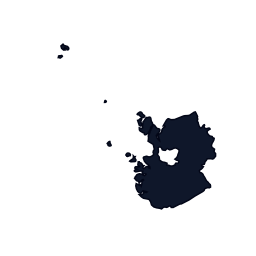 the Province of Gyeonggi, rotated 34°
{"feature_id": "KOR-2498", "entity_name": "Gyeonggi", "entity_type": "Province", "adm_level": 1, "iso_a3": "KOR", "parent_name": "South Korea", "parent_adm1": "", "projection": "robinson", "projection_center": [126.66, 37.546], "detail": "fine", "context": "isolated", "style": "filled", "palette": "ink", "viewbox_px": 256, "rotation_deg": 34, "n_neighbors": 0, "source": "natural_earth", "source_scale": "10m", "svg_char_len": 6038}
<svg xmlns="http://www.w3.org/2000/svg" viewBox="0 0 256 256"><g transform="rotate(34 128 128)"><path d="M156.0,106.5L155.5,99.9L155.9,98.1L156.6,97.5L157.8,97.4L159.4,96.8L161.9,94.9L167.3,87.0L168.4,85.9L170.8,84.1L171.9,83.0L174.0,77.9L174.8,77.0L176.0,77.6L179.2,79.5L179.7,80.7L180.4,81.2L181.0,81.9L181.4,83.2L182.1,84.1L182.9,84.0L183.6,84.8L185.8,86.6L188.1,87.6L188.9,86.4L188.9,83.9L189.1,83.1L189.5,82.6L190.0,82.9L190.1,83.7L190.3,84.4L191.6,85.2L193.0,85.0L193.9,84.1L194.8,83.1L195.2,82.7L195.7,82.6L196.3,82.7L196.7,83.1L196.1,84.1L195.6,85.5L195.6,86.9L196.6,87.8L197.6,88.3L200.0,88.9L202.6,88.0L203.7,88.7L204.1,88.7L204.5,88.4L205.0,88.3L205.4,88.6L206.0,90.4L206.3,94.0L207.1,96.1L208.7,97.2L210.2,97.1L211.6,97.2L212.5,99.4L213.7,99.9L214.9,100.2L216.4,102.4L216.1,105.5L215.4,106.5L214.1,107.0L210.9,109.2L211.0,110.4L211.0,111.6L210.7,112.7L211.2,114.1L211.5,115.4L209.7,117.5L210.4,118.4L212.1,117.9L212.1,119.5L211.8,121.0L211.2,122.3L211.0,123.5L212.5,124.7L214.1,124.1L215.9,124.4L217.5,125.4L219.1,126.0L222.6,127.9L224.8,128.2L226.3,128.8L227.8,128.9L228.7,129.7L229.5,130.9L228.8,132.2L227.6,132.7L226.4,134.1L225.6,135.5L226.0,137.2L225.5,138.9L221.6,146.9L218.8,153.6L215.0,160.5L214.5,161.3L213.5,162.0L209.8,168.7L208.2,169.7L207.9,169.3L206.6,169.0L205.6,170.0L205.1,171.3L204.4,172.2L202.7,172.9L201.7,174.0L201.1,176.3L199.0,176.9L196.3,178.2L193.5,179.0L190.5,178.6L188.1,176.6L185.3,175.4L180.1,177.6L177.6,177.6L174.6,177.0L175.4,176.4L176.4,176.0L177.1,175.2L177.5,173.4L177.4,173.0L176.7,172.3L177.0,172.0L177.7,171.9L178.6,171.5L179.1,171.4L179.5,171.1L179.7,170.2L175.9,171.3L175.3,172.0L175.5,174.4L175.1,174.9L173.6,175.4L171.5,175.1L169.0,173.7L166.8,171.6L165.9,169.5L169.7,169.1L169.7,168.7L168.8,168.1L169.6,168.0L170.2,168.0L170.9,168.3L171.4,168.7L171.1,167.2L170.3,165.9L169.6,164.4L170.1,162.4L169.4,162.1L168.8,162.8L168.5,164.0L168.4,165.2L168.1,166.6L167.5,166.9L166.9,166.3L164.5,166.9L161.5,166.0L161.6,165.1L161.3,164.4L161.5,163.4L161.4,162.0L162.1,160.7L163.0,159.6L164.0,159.1L165.1,158.7L166.7,158.7L168.4,158.3L168.7,157.7L168.8,156.3L168.4,156.0L167.6,156.5L166.3,157.6L165.4,157.4L164.8,157.1L164.5,156.5L164.5,155.6L163.0,156.3L161.8,157.2L159.5,159.5L159.0,160.0L158.2,160.2L157.5,160.2L157.1,159.8L157.2,159.1L157.5,158.4L158.5,157.1L156.6,157.5L156.0,157.4L155.8,156.3L156.2,155.6L157.0,155.1L157.8,154.8L158.5,154.5L159.2,153.5L159.0,153.2L157.3,153.4L156.8,153.1L155.4,150.3L155.7,150.2L156.3,149.7L156.7,150.1L157.4,150.0L158.7,149.7L159.7,150.0L160.5,150.5L161.3,150.8L162.3,150.3L162.2,151.2L162.3,152.0L162.6,152.6L163.2,152.9L163.9,152.7L164.2,151.9L164.5,150.3L165.6,148.8L166.4,148.9L167.4,149.5L168.8,149.3L168.5,148.6L168.1,148.2L167.7,147.9L167.1,147.7L166.2,147.7L165.8,147.1L164.8,147.0L164.1,147.2L163.3,147.2L162.1,146.9L160.1,146.3L157.4,144.3L157.2,143.4L158.5,141.7L159.3,140.9L161.3,140.4L162.6,139.4L163.5,137.8L164.1,135.9L163.5,134.9L162.5,134.3L161.8,132.8L161.8,131.0L158.1,127.5L152.0,127.7L151.2,125.9L150.0,124.0L149.2,123.3L149.2,122.3L149.0,120.7L148.3,118.3L147.4,112.0L147.6,111.0L148.5,110.9L151.9,112.1L153.0,111.8L154.0,111.4L154.8,111.3L155.6,111.8L155.9,112.7L156.1,114.1L156.0,115.6L155.6,116.5L155.6,118.3L157.5,119.9L160.0,120.9L161.5,121.0L160.3,119.8L156.7,117.3L157.8,114.6L158.1,112.9L157.8,111.8L157.2,110.6L157.1,109.1L157.4,107.5L158.0,106.3L157.6,105.7L156.9,105.8L156.0,106.5ZM184.3,127.6L184.9,125.5L184.8,123.6L184.2,121.9L183.7,119.5L182.7,117.7L180.4,117.5L178.4,118.0L177.2,119.3L176.3,121.1L174.8,122.8L172.0,123.1L171.6,124.3L171.5,125.6L170.2,126.4L168.7,126.9L166.7,125.7L164.9,125.6L164.0,127.6L165.5,129.3L166.7,131.0L167.0,133.2L168.3,134.0L170.1,134.6L172.0,136.9L174.7,137.0L175.9,136.8L177.0,136.2L178.5,135.7L180.1,135.4L180.8,137.0L182.7,136.1L184.5,135.7L186.1,134.7L186.7,133.7L187.8,132.3L187.3,131.8L187.3,130.4L188.2,129.8L189.1,129.3L189.3,128.2L188.8,127.1L187.5,127.1L186.0,127.6L184.3,127.6ZM145.9,124.1L145.4,124.2L145.0,124.0L144.4,123.3L143.9,123.0L143.6,123.1L143.1,123.5L139.7,123.7L138.5,123.2L137.2,121.5L139.2,121.0L139.6,120.7L140.2,119.9L140.1,119.5L139.7,119.3L139.4,118.9L137.2,114.8L137.0,114.1L137.3,113.3L137.2,109.7L137.5,108.9L138.1,108.7L139.6,107.0L140.7,106.7L141.7,107.4L142.7,108.5L143.6,109.3L145.6,110.3L146.5,111.1L146.8,112.3L146.7,112.9L146.4,114.0L146.3,114.4L146.4,114.9L147.0,116.0L147.2,116.5L147.4,119.3L147.2,119.9L147.5,120.3L148.1,121.5L147.2,122.0L146.5,123.6L145.9,124.1ZM34.1,94.8L34.7,95.6L34.6,96.7L33.8,97.3L32.5,96.6L30.9,96.8L30.6,96.9L30.6,97.7L31.2,98.0L32.0,98.1L32.3,98.4L31.0,99.4L28.4,99.1L26.5,97.5L27.2,94.8L28.8,95.3L32.3,94.2L34.1,94.8ZM132.5,108.4L133.7,108.4L134.9,108.5L135.5,109.2L135.1,110.5L134.0,111.5L132.6,111.6L129.9,111.0L128.6,111.6L128.0,111.6L127.8,110.8L128.7,108.4L129.4,107.7L130.3,107.5L131.3,107.7L132.5,108.4ZM135.5,115.9L137.2,117.2L137.8,117.9L137.9,118.6L137.2,119.4L135.9,119.5L131.7,116.3L132.2,115.8L132.5,115.2L132.8,113.8L133.0,113.4L133.7,112.7L134.1,112.6L134.3,112.7L134.5,113.0L134.8,115.0L135.1,115.5L135.5,115.9ZM152.6,150.2L152.9,151.2L152.6,151.9L149.3,154.4L147.9,154.6L147.9,154.2L148.6,153.3L148.7,152.8L148.4,152.4L149.2,151.4L149.2,150.5L148.9,149.4L148.4,148.6L148.0,148.1L149.2,148.4L150.0,147.7L150.1,148.4L150.3,149.0L151.1,149.4L152.3,149.9L152.6,150.2ZM144.4,148.4L145.0,148.8L145.3,149.8L145.0,150.1L144.3,150.3L144.1,150.8L144.0,151.3L143.5,151.9L142.7,152.1L142.3,151.7L141.7,151.8L141.3,151.5L141.2,150.5L141.3,149.6L141.8,148.9L142.9,148.3L144.4,148.4ZM120.3,152.3L119.6,152.6L119.4,152.5L119.6,150.9L119.9,149.9L120.4,149.3L120.9,149.6L121.4,150.4L121.8,150.7L123.4,151.5L123.8,152.0L123.6,152.5L122.8,153.3L122.2,153.5L121.5,153.6L120.8,153.3L120.3,152.3ZM33.0,105.0L33.5,105.2L33.5,105.7L32.8,107.8L32.3,108.1L31.8,108.1L31.4,108.2L31.1,108.5L30.9,108.6L30.9,108.3L30.2,107.3L30.4,106.7L31.5,105.9L32.5,104.9L33.0,105.0ZM94.2,117.8L94.9,117.9L95.3,118.3L95.1,119.2L94.5,119.7L94.2,119.9L93.6,118.5L93.7,117.9L94.2,117.8Z" fill="#0f172a" stroke="#020617" stroke-width="1.5"/></g></svg>